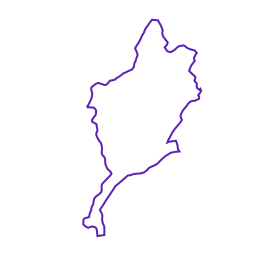 Zakho, Dihok, Iraq (Mercator projection), rotated 311°
{"feature_id": "34846034B3570372403108", "entity_name": "Zakho", "entity_type": "district", "adm_level": 2, "iso_a3": "IRQ", "parent_name": "Iraq", "parent_adm1": "Dihok", "projection": "mercator", "projection_center": [42.817, 37.203], "detail": "fine", "context": "isolated", "style": "outline", "palette": "violet", "viewbox_px": 256, "rotation_deg": 311, "n_neighbors": 0, "source": "geoboundaries", "source_scale": "gbopen_adm2", "svg_char_len": 2890}
<svg xmlns="http://www.w3.org/2000/svg" viewBox="0 0 256 256"><g transform="rotate(311 128 128)"><path d="M229.0,79.9L227.8,78.5L225.6,75.2L224.4,75.2L221.0,75.4L217.9,75.8L215.7,75.8L213.4,76.3L210.6,77.4L206.5,78.1L202.3,79.4L199.3,80.1L194.2,80.7L192.7,81.2L191.5,83.9L190.1,86.5L188.9,87.6L185.8,88.7L183.2,89.9L181.4,90.3L180.7,90.5L178.2,92.3L175.1,92.7L172.6,91.6L165.7,88.5L163.7,88.3L160.2,87.4L157.7,86.5L156.5,86.5L155.3,86.1L151.9,83.4L150.5,83.4L147.3,83.4L146.1,83.0L145.0,81.9L143.8,79.0L142.4,75.8L139.5,74.5L135.1,73.8L133.9,74.1L133.0,75.0L131.4,77.0L130.3,78.7L127.1,80.7L122.2,82.3L118.8,83.0L117.4,83.2L117.2,84.1L118.0,84.7L119.2,86.7L120.8,88.5L120.8,90.7L120.2,92.5L118.0,94.3L116.5,95.0L113.4,95.2L110.3,95.6L109.3,96.8L109.3,97.4L109.8,99.6L110.3,101.6L108.6,103.4L107.5,105.0L106.6,105.9L105.8,106.8L103.3,107.4L101.9,108.8L101.0,110.3L99.2,115.4L99.0,117.2L97.6,119.6L94.8,122.5L92.3,124.1L91.3,125.4L90.7,127.2L90.5,129.4L89.5,131.2L87.0,133.4L85.2,135.8L83.8,138.9L83.5,142.1L83.5,143.6L82.8,145.4L80.3,145.8L74.1,145.4L68.8,145.2L67.0,146.0L64.2,148.7L62.4,149.8L61.7,149.8L59.6,149.8L56.2,148.9L53.4,148.7L51.6,149.2L48.3,151.4L46.9,152.0L44.7,152.3L43.3,153.1L41.7,154.3L40.2,154.5L37.0,156.0L35.7,156.9L34.8,156.9L32.9,155.4L31.1,154.5L29.5,154.5L27.8,156.0L26.0,157.4L25.8,159.8L26.2,162.0L26.5,163.3L28.5,164.5L30.2,165.6L31.1,167.1L31.7,169.3L30.8,170.9L29.7,172.4L26.4,175.8L29.2,178.2L31.7,180.4L33.2,179.0L34.9,177.7L36.7,176.0L38.1,174.6L39.7,171.4L40.4,170.2L42.5,168.0L44.4,166.6L45.6,165.6L47.1,162.4L47.8,160.5L50.5,160.1L53.0,159.9L58.0,159.0L69.1,157.6L76.3,156.6L77.5,156.9L83.2,157.8L88.1,158.5L91.9,159.0L93.4,160.3L97.5,162.9L102.0,167.3L104.7,169.1L107.4,169.8L112.3,170.2L116.4,172.1L119.8,173.5L122.0,173.7L127.1,174.0L130.9,174.6L136.8,176.3L137.9,176.9L141.0,179.3L144.0,182.2L145.0,179.5L147.9,176.0L149.8,172.5L146.3,169.5L144.1,167.7L142.9,167.2L146.0,166.1L148.8,165.6L149.9,165.3L151.3,165.0L153.3,164.5L156.7,164.0L167.1,163.8L169.5,163.3L170.5,161.3L171.3,159.9L173.0,159.0L176.7,158.0L179.2,157.8L182.7,157.8L185.7,157.5L187.6,157.5L189.3,158.0L190.3,158.5L192.7,160.8L196.7,162.4L197.5,162.0L198.5,160.5L198.8,159.4L200.3,159.4L202.2,159.2L203.1,159.2L203.6,158.9L204.3,158.3L205.1,156.9L203.6,156.7L203.6,155.9L203.6,153.6L204.8,152.3L206.8,150.6L207.2,147.2L209.6,146.1L210.9,145.1L210.9,142.4L211.0,139.1L211.2,136.6L213.7,135.7L216.9,134.7L222.6,134.3L223.1,132.9L224.3,131.8L226.1,131.3L227.8,130.8L229.6,130.8L230.0,129.4L230.2,127.4L229.0,124.8L227.8,122.1L227.2,119.8L227.1,118.6L227.2,117.7L227.2,116.8L226.7,115.7L225.1,114.3L223.6,113.1L222.1,112.4L218.3,112.0L216.7,111.7L213.1,110.4L211.7,107.3L212.9,102.8L216.5,102.8L217.6,102.3L218.6,101.8L219.0,99.8L219.5,97.7L220.0,94.9L221.4,92.4L222.4,91.3L224.3,90.3L225.9,87.6L227.2,84.8L227.9,82.6L229.0,79.9Z" fill="none" stroke="#5b21b6" stroke-width="2"/></g></svg>